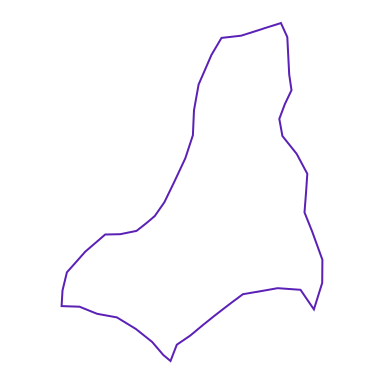 outline of Mégri, Wadi Fira, Chad
{"feature_id": "50815135B12471481376218", "entity_name": "Mégri", "entity_type": "district", "adm_level": 2, "iso_a3": "TCD", "parent_name": "Chad", "parent_adm1": "Wadi Fira", "projection": "natural_earth1", "projection_center": [21.641, 15.331], "detail": "fine", "context": "isolated", "style": "outline", "palette": "violet", "viewbox_px": 384, "rotation_deg": 0, "n_neighbors": 0, "source": "geoboundaries", "source_scale": "gbopen_adm2", "svg_char_len": 839}
<svg xmlns="http://www.w3.org/2000/svg" viewBox="0 0 384 384"><path d="M170.5,361.0L176.8,344.7L190.2,335.6L203.2,324.8L213.8,316.3L221.3,310.5L230.9,303.1L242.9,294.2L264.6,290.5L277.5,288.2L279.4,288.3L300.5,289.8L313.9,309.4L322.2,282.9L322.4,259.8L312.3,231.9L304.5,212.4L306.1,191.7L307.3,173.8L296.7,153.9L282.4,136.0L280.6,126.0L279.3,118.9L284.9,104.0L291.5,90.2L289.2,74.5L287.3,37.1L280.9,23.0L280.2,23.3L264.5,28.2L261.6,29.2L241.1,35.7L224.1,37.6L221.5,37.9L211.5,54.8L206.0,67.5L198.6,84.5L194.0,110.2L193.6,119.0L193.3,126.0L192.9,135.2L185.3,158.3L174.4,181.6L164.4,202.2L154.8,216.0L146.8,222.8L136.5,230.9L120.2,234.2L105.2,234.5L85.3,251.6L74.5,263.8L66.9,272.3L62.5,290.5L61.6,306.1L79.5,306.7L97.1,313.8L116.9,317.4L135.9,329.0L152.1,341.9L163.2,354.9L170.5,361.0Z" fill="none" stroke="#5b21b6" stroke-width="2"/></svg>